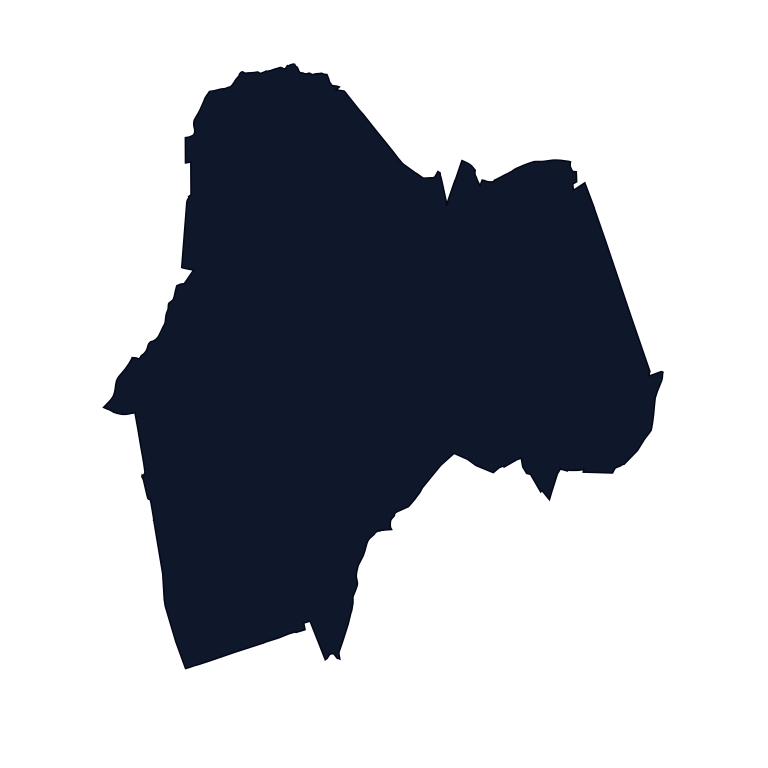 Oosterhout, Noord-Brabant, Netherlands, rotated 277°
{"feature_id": "6326949B60940309425177", "entity_name": "Oosterhout", "entity_type": "district", "adm_level": 2, "iso_a3": "NLD", "parent_name": "Netherlands", "parent_adm1": "Noord-Brabant", "projection": "natural_earth1", "projection_center": [4.867, 51.632], "detail": "fine", "context": "isolated", "style": "filled", "palette": "ink", "viewbox_px": 768, "rotation_deg": 277, "n_neighbors": 0, "source": "geoboundaries", "source_scale": "gbopen_adm2", "svg_char_len": 6057}
<svg xmlns="http://www.w3.org/2000/svg" viewBox="0 0 768 768"><g transform="rotate(277 384 384)"><path d="M410.0,656.2L421.2,659.2L423.9,659.5L428.7,659.3L429.7,659.5L430.1,658.1L430.1,657.7L424.6,646.9L424.8,646.9L425.2,645.9L428.9,646.4L479.8,621.6L553.6,586.2L583.9,571.3L584.1,571.4L608.2,558.8L599.6,548.7L602.4,547.5L602.5,547.7L605.5,547.0L608.2,550.6L618.1,549.0L618.0,545.9L618.1,545.3L618.2,545.1L620.1,543.8L622.9,542.2L625.7,542.0L627.1,542.1L627.2,541.6L627.3,541.6L627.5,540.0L627.5,539.6L627.5,534.3L627.6,534.0L627.5,530.9L627.2,527.0L626.8,524.4L626.3,522.4L624.5,515.6L624.3,514.6L624.1,513.5L623.4,507.7L623.0,505.9L622.8,505.3L621.4,502.3L619.0,497.5L614.4,489.5L612.9,487.4L611.6,485.9L611.3,485.8L607.1,479.9L606.9,479.6L607.0,479.5L603.3,474.2L599.5,468.5L598.4,468.7L597.7,466.3L597.5,463.9L597.5,462.7L597.7,460.9L597.6,459.1L598.2,459.2L598.4,456.5L592.6,455.2L596.2,452.7L598.5,451.4L600.3,450.5L601.5,449.7L602.0,449.3L602.9,448.9L604.4,448.5L607.3,448.5L609.0,446.7L610.6,445.0L611.6,443.7L612.3,442.5L613.2,440.6L614.8,435.9L615.3,434.1L597.5,430.4L593.4,429.4L593.5,429.3L570.2,424.4L589.1,417.9L595.2,415.7L598.0,414.5L600.3,414.0L601.5,411.6L596.2,409.4L595.4,408.9L595.2,408.6L594.7,407.3L594.4,405.5L593.2,398.6L593.2,397.9L593.6,396.9L596.8,391.0L597.3,389.6L604.5,376.5L605.8,374.8L610.2,370.1L614.9,365.5L621.4,358.9L635.6,344.2L648.7,330.9L653.4,325.6L660.9,318.0L669.8,309.0L670.0,307.2L670.0,305.4L670.1,303.4L670.1,300.5L673.0,303.2L673.4,303.5L673.9,300.9L673.9,297.4L674.0,296.7L674.2,295.8L674.4,295.3L675.7,294.6L676.7,293.5L677.3,293.1L680.0,292.0L681.6,291.1L684.0,289.8L684.3,289.4L684.2,288.4L684.1,287.8L684.1,287.2L684.8,284.3L684.7,283.3L684.4,282.6L683.5,278.0L682.6,276.2L682.4,275.6L682.6,274.4L683.3,272.8L683.4,271.7L683.2,271.0L682.7,270.3L682.6,269.6L682.3,269.1L682.3,268.6L682.3,267.9L682.5,266.2L682.8,265.7L682.9,264.9L682.7,264.3L682.7,263.8L682.8,263.1L683.2,262.4L683.7,261.8L684.3,261.3L686.3,260.3L687.8,259.3L688.2,258.7L688.6,257.7L689.3,256.9L690.3,256.5L690.6,255.8L690.3,254.3L689.3,252.0L688.3,250.9L688.3,249.4L688.0,249.1L686.0,248.2L685.5,247.9L685.0,247.4L684.6,246.3L685.0,245.0L685.4,244.2L685.5,243.5L685.6,242.9L685.5,242.3L684.6,240.4L682.9,236.4L681.2,233.1L680.4,230.8L680.2,228.9L680.0,228.5L679.2,227.4L678.5,226.1L677.2,223.5L677.2,223.0L678.2,221.2L678.2,220.1L677.3,217.1L676.1,210.6L675.6,208.8L675.7,207.9L676.7,205.4L675.9,204.1L674.2,202.9L672.0,202.4L667.9,199.7L664.8,198.3L661.9,196.7L660.1,195.2L659.7,193.7L659.0,192.5L658.6,191.6L657.9,190.5L656.9,186.2L654.3,179.5L653.1,175.1L650.4,173.8L649.6,173.2L646.2,171.6L641.7,170.4L633.5,167.9L630.6,166.8L623.9,163.9L623.1,163.6L621.1,163.3L618.5,163.5L616.7,163.9L614.6,164.7L613.6,165.0L611.3,165.4L610.3,165.4L608.1,164.7L607.6,164.2L606.8,163.0L605.5,160.8L605.0,159.3L604.3,156.8L579.2,160.0L580.7,165.2L548.1,169.4L547.2,168.2L546.2,167.2L545.4,167.8L544.5,167.2L543.1,166.6L541.6,166.2L540.3,166.1L475.0,169.0L474.9,169.0L474.6,171.1L474.2,175.6L473.9,181.1L459.2,173.5L458.4,170.1L456.8,167.2L456.2,166.3L451.6,165.7L445.0,165.1L442.1,164.4L441.6,164.3L441.3,164.0L439.1,161.7L438.3,160.9L437.6,160.5L437.2,160.4L435.7,160.4L432.4,160.6L431.2,160.4L428.9,159.8L426.5,159.3L424.6,159.2L419.3,159.3L417.8,159.2L416.4,158.8L413.9,157.8L407.6,155.7L403.6,154.3L400.7,152.4L399.0,150.4L398.4,149.5L398.2,149.0L397.5,147.3L397.1,146.9L395.8,145.9L394.4,145.3L393.4,145.1L388.8,144.3L387.0,143.4L385.2,142.3L383.9,141.1L382.9,140.0L382.6,139.7L382.0,139.4L380.3,138.7L379.4,138.1L379.1,137.7L379.1,137.2L379.5,135.8L379.7,134.7L379.5,130.8L378.3,130.6L377.3,130.2L372.7,128.2L367.3,125.3L363.1,122.6L359.4,120.1L357.3,119.0L354.9,118.2L353.3,118.0L350.5,117.8L345.6,117.8L342.4,117.5L339.5,116.9L337.9,116.3L334.9,114.7L326.6,108.5L325.7,111.4L324.8,115.1L323.0,119.2L322.4,122.6L322.1,125.5L322.0,128.6L322.5,131.9L323.2,134.4L324.3,137.4L324.3,137.8L325.1,140.3L309.6,145.1L289.0,151.2L283.7,152.9L275.5,155.3L267.3,157.5L263.7,156.5L264.3,155.1L262.5,154.9L261.3,155.8L260.0,156.6L258.9,157.1L244.4,162.4L241.6,163.6L241.2,164.0L240.9,164.7L240.9,165.1L241.1,165.9L239.6,166.4L239.6,166.5L239.0,166.7L239.0,166.8L221.2,172.1L221.1,171.8L220.9,171.8L220.9,172.0L168.5,187.5L143.4,192.1L136.7,194.0L102.7,208.8L77.4,221.7L79.0,225.5L81.3,230.1L83.2,234.7L88.3,245.5L99.7,268.9L112.3,296.0L113.7,298.5L118.9,309.8L119.4,310.9L124.5,320.1L126.8,325.4L126.9,325.9L126.7,327.0L130.3,335.2L130.6,335.6L136.9,333.5L139.6,339.5L117.2,351.7L103.1,359.3L104.7,361.0L109.1,363.1L110.3,366.4L109.7,367.3L107.9,369.2L106.2,370.8L106.0,371.1L106.0,372.4L105.6,373.7L110.5,372.2L111.8,372.0L114.7,372.4L115.0,372.6L117.5,373.1L123.1,374.3L141.2,377.7L153.2,379.1L154.2,379.4L155.6,379.6L163.0,379.9L168.4,379.2L169.5,379.2L176.1,381.0L180.9,382.0L182.1,382.0L183.8,381.8L187.7,380.5L189.0,380.1L190.3,379.9L192.0,379.8L193.8,379.8L199.0,380.3L200.4,380.5L201.8,380.9L210.2,384.0L212.3,384.6L215.7,385.3L223.4,386.4L225.6,386.9L227.6,387.7L229.1,388.7L233.5,392.5L235.8,393.9L236.7,395.0L237.2,396.1L237.9,397.6L238.1,397.6L238.3,398.5L238.2,398.5L238.3,398.6L238.7,400.7L239.3,403.0L240.1,407.0L240.2,407.9L240.5,409.3L241.8,408.3L243.3,407.7L245.5,407.3L248.9,407.2L250.0,407.5L251.3,408.1L253.1,409.5L253.3,409.5L254.6,410.4L256.1,410.3L257.2,410.8L258.3,411.8L264.8,422.4L265.2,423.2L273.4,428.7L274.0,428.9L280.3,432.6L282.2,433.5L284.0,434.0L284.3,434.3L285.3,434.5L309.4,449.7L311.0,450.9L323.7,462.0L319.4,476.1L316.7,481.0L314.3,485.2L309.3,503.3L314.8,508.3L316.4,510.9L317.1,512.9L316.2,513.3L324.9,524.9L327.2,529.2L318.6,531.8L312.6,536.5L312.2,540.4L295.9,552.7L296.4,553.0L297.1,553.7L296.9,554.4L289.3,562.3L297.2,563.6L316.0,567.1L321.1,569.4L320.0,576.5L320.6,576.6L320.8,577.5L320.9,579.0L322.0,587.5L323.5,592.8L320.8,592.4L323.5,621.7L327.1,623.0L328.7,623.8L329.1,624.2L331.5,628.7L332.3,629.5L333.3,630.9L333.5,632.0L348.9,643.7L361.0,649.3L367.8,653.3L370.6,654.8L372.4,655.0L379.2,655.3L387.6,655.3L392.7,655.1L403.2,654.9L410.0,656.2Z" fill="#0f172a" stroke="#020617" stroke-width="1.5"/></g></svg>